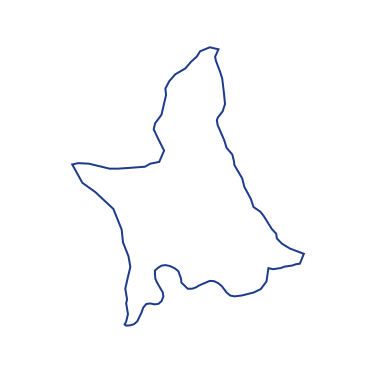 the district of Cholwon, Kangwŏn-do, North Korea, rotated 283°
{"feature_id": "82179303B128003605723", "entity_name": "Cholwon", "entity_type": "district", "adm_level": 2, "iso_a3": "PRK", "parent_name": "North Korea", "parent_adm1": "Kangwŏn-do", "projection": "albers", "projection_center": [126.987, 38.318], "detail": "fine", "context": "isolated", "style": "outline", "palette": "blue", "viewbox_px": 384, "rotation_deg": 283, "n_neighbors": 0, "source": "geoboundaries", "source_scale": "gbopen_adm2", "svg_char_len": 1692}
<svg xmlns="http://www.w3.org/2000/svg" viewBox="0 0 384 384"><g transform="rotate(283 192 192)"><path d="M47.8,156.1L47.0,157.9L48.3,162.1L50.4,165.4L53.8,167.8L63.5,170.0L68.5,170.5L72.6,172.7L74.0,176.4L74.1,180.8L75.5,184.5L78.9,186.9L83.8,187.6L87.6,186.1L96.2,178.0L99.4,175.8L103.1,174.5L107.2,173.6L110.6,176.0L113.4,178.9L114.8,182.6L114.9,187.2L113.7,192.5L111.7,196.6L105.1,200.8L101.3,202.1L96.8,209.6L97.7,213.7L99.8,217.1L102.5,219.9L109.4,229.3L110.1,233.5L109.0,238.3L106.9,242.3L101.8,248.4L99.7,252.6L99.9,257.0L102.4,263.9L108.0,274.8L112.9,280.9L121.7,284.7L135.0,283.6L135.0,288.2L137.9,295.7L140.0,298.7L142.9,306.2L145.0,309.5L146.4,313.2L156.9,314.9L158.9,300.3L160.3,295.9L161.9,291.2L163.9,288.1L165.8,285.2L166.8,284.8L170.3,283.4L172.0,280.9L172.2,280.6L173.8,278.2L180.5,271.5L184.6,267.4L187.1,264.4L188.2,263.0L188.6,262.0L191.2,255.3L198.2,251.1L203.3,246.7L208.7,241.9L216.6,237.8L227.8,227.2L230.9,226.2L237.5,222.9L243.0,215.6L247.4,213.1L250.2,211.4L263.0,201.9L264.5,201.3L267.4,200.1L270.3,200.4L272.4,201.4L277.5,203.7L281.1,204.0L285.1,204.4L294.9,201.1L295.5,200.9L309.4,195.9L315.8,192.1L325.2,185.8L328.9,184.1L334.1,185.1L337.0,185.7L337.0,176.8L331.0,168.3L325.0,166.2L318.9,161.9L310.9,157.7L302.9,149.2L294.8,144.9L286.8,142.8L280.7,144.9L270.6,144.9L260.5,144.9L250.5,140.6L244.4,140.6L236.3,147.0L226.1,155.5L214.0,153.3L210.1,144.8L206.1,140.6L202.1,127.8L198.2,115.0L196.2,106.5L196.3,98.0L196.4,85.2L194.5,74.6L191.9,69.1L176.3,83.1L170.1,97.9L157.8,119.2L139.6,131.9L127.4,136.1L115.2,144.5L105.1,148.8L95.0,148.7L82.9,148.7L72.7,152.9L68.7,152.9L58.6,157.1L50.5,157.0L47.8,156.1Z" fill="none" stroke="#1e3a8a" stroke-width="2"/></g></svg>